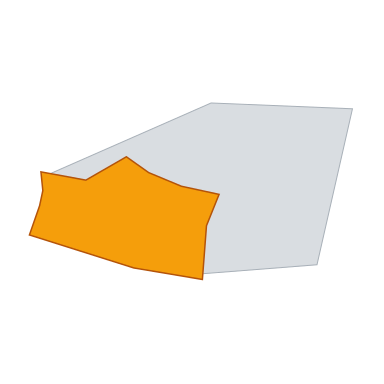 Montserrat, with Saint Peter highlighted, rotated 267°
{"feature_id": "MSR-5089", "entity_name": "Saint Peter", "entity_type": "Parish", "adm_level": 1, "iso_a3": "MSR", "parent_name": "Montserrat", "parent_adm1": "", "projection": "orthographic", "projection_center": [-62.194, 16.779], "detail": "fine", "context": "in_parent", "style": "filled", "palette": "amber", "viewbox_px": 384, "rotation_deg": 267, "n_neighbors": 0, "source": "natural_earth", "source_scale": "10m", "svg_char_len": 466}
<svg xmlns="http://www.w3.org/2000/svg" viewBox="0 0 384 384"><g transform="rotate(267 192 192)"><path d="M279.9,215.7L266.7,356.6L112.8,313.0L109.6,188.9L181.9,63.0L217.5,50.7L279.9,215.7Z" fill="#d9dde1" stroke="#a8b0b8" stroke-width="1"/><path d="M104.1,197.8L119.2,129.9L157.6,27.4L186.3,39.1L201.2,43.1L220.0,42.2L209.4,86.6L230.6,128.3L213.6,149.8L198.3,181.7L188.2,218.9L157.6,204.7L104.1,197.8Z" fill="#f59e0b" stroke="#b45309" stroke-width="1.5"/></g></svg>